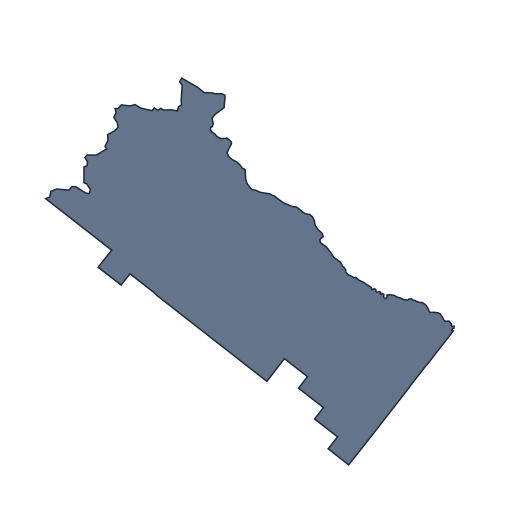 Stevens, Washington, United States of America, rotated 128°
{"feature_id": "52423323B13893996833484", "entity_name": "Stevens", "entity_type": "district", "adm_level": 2, "iso_a3": "USA", "parent_name": "United States of America", "parent_adm1": "Washington", "projection": "mercator", "projection_center": [-118.088, 48.397], "detail": "fine", "context": "isolated", "style": "filled", "palette": "slate", "viewbox_px": 512, "rotation_deg": 128, "n_neighbors": 0, "source": "geoboundaries", "source_scale": "gbopen_adm2", "svg_char_len": 2911}
<svg xmlns="http://www.w3.org/2000/svg" viewBox="0 0 512 512"><g transform="rotate(128 256 256)"><path d="M161.6,424.1L165.9,423.4L166.9,419.3L179.6,410.7L182.7,407.8L186.3,408.9L190.2,407.2L192.9,412.8L198.1,418.8L198.1,421.8L201.7,423.1L201.8,427.3L205.4,427.3L210.5,438.1L211.1,444.5L215.2,447.5L219.9,455.2L224.8,455.5L226.6,457.8L229.3,454.4L234.3,453.4L236.3,447.6L239.4,443.9L244.8,444.6L251.5,447.6L256.6,443.6L262.4,442.6L263.5,439.6L274.7,443.9L276.9,446.7L280.3,451.2L283.7,451.5L285.5,446.8L288.9,444.7L291.7,446.4L304.2,436.7L303.4,433.7L305.5,427.7L309.3,425.8L311.2,428.7L312.4,440.8L314.6,443.8L319.3,444.0L325.9,454.3L331.3,457.4L336.7,454.8L340.3,457.1L340.3,373.3L362.1,373.5L361.9,344.4L347.6,344.4L347.6,314.9L348.1,310.0L348.1,170.3L319.4,170.4L319.4,141.2L334.0,141.1L333.9,109.6L348.4,109.5L348.3,80.4L363.5,80.4L363.6,54.4L324.3,54.2L264.7,54.3L262.9,54.5L237.0,54.5L236.8,54.3L193.5,54.4L194.0,55.9L192.3,56.4L191.2,55.5L189.3,56.6L190.4,57.8L190.7,59.3L189.3,59.9L188.5,64.0L189.7,65.2L191.2,67.3L190.5,69.0L189.1,72.3L188.2,75.3L188.7,77.6L191.0,81.4L192.6,83.2L193.4,84.3L192.9,85.7L191.5,88.0L190.1,91.6L190.1,93.8L190.4,96.7L191.7,98.3L192.8,100.8L193.1,103.3L194.3,105.5L193.9,107.1L195.9,109.1L197.5,109.3L199.5,113.1L200.2,116.5L201.7,120.1L201.9,122.7L203.4,125.5L205.0,127.7L206.2,128.9L207.1,127.7L209.4,127.1L209.7,127.8L210.2,129.4L209.5,130.4L207.5,131.5L207.6,132.6L207.9,133.5L208.8,133.8L209.0,133.7L209.5,134.2L209.5,134.6L208.8,135.2L208.1,135.2L207.8,136.5L208.7,137.1L209.6,137.9L210.0,138.6L210.1,139.8L209.1,140.4L208.6,141.5L209.1,142.7L210.0,143.2L211.1,144.0L210.0,145.5L209.9,148.2L210.5,151.7L210.4,154.6L211.6,159.7L211.6,162.2L211.2,163.2L211.4,164.2L212.2,164.2L213.0,166.6L213.2,168.6L214.0,171.7L213.4,175.5L211.5,176.9L211.2,178.8L210.7,179.3L210.9,179.9L211.0,180.5L210.8,181.8L209.7,183.3L208.9,186.2L209.0,190.3L209.3,193.5L208.0,197.0L206.5,202.0L205.5,206.8L205.8,210.8L205.8,213.5L203.7,215.8L201.6,215.4L199.5,214.9L197.6,217.4L197.2,219.5L197.1,222.9L196.3,225.3L195.5,228.1L194.1,229.8L192.2,231.7L190.3,236.0L190.3,239.5L192.3,242.8L192.7,246.5L192.4,249.8L192.5,254.3L193.8,256.6L195.2,258.9L195.8,262.1L197.0,266.1L197.3,270.0L197.4,274.2L197.4,278.0L198.1,280.3L198.7,283.6L200.3,286.6L201.4,288.6L203.3,292.1L204.3,296.7L206.1,299.5L205.8,302.9L205.2,304.5L205.0,305.5L204.4,307.7L201.7,311.5L198.6,314.3L195.9,316.6L194.8,317.6L194.7,319.3L195.2,321.0L194.0,325.1L193.8,329.7L194.7,334.3L194.4,338.7L192.8,342.3L187.3,343.6L183.5,344.2L181.4,345.3L181.0,348.7L181.1,351.8L182.7,352.9L185.0,355.9L186.0,360.3L185.1,363.6L185.5,367.8L184.2,370.0L182.2,370.9L181.1,370.0L178.2,371.0L174.4,375.6L169.6,375.4L158.7,372.5L154.1,375.5L152.2,376.7L149.7,378.3L148.4,379.6L149.0,382.4L150.4,384.4L152.4,386.8L153.3,388.0L154.4,390.9L159.2,397.5L159.0,405.9L161.0,420.1L161.6,424.1Z" fill="#64748b" stroke="#1e293b" stroke-width="1.5"/></g></svg>